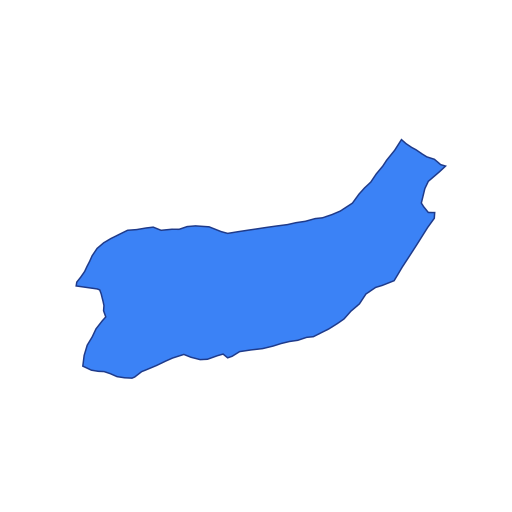 Tyresö, Stockholm, Sweden, rotated 141°
{"feature_id": "70781695B80728861937235", "entity_name": "Tyresö", "entity_type": "district", "adm_level": 2, "iso_a3": "SWE", "parent_name": "Sweden", "parent_adm1": "Stockholm", "projection": "natural_earth1", "projection_center": [18.293, 59.209], "detail": "fine", "context": "isolated", "style": "filled", "palette": "blue", "viewbox_px": 512, "rotation_deg": 141, "n_neighbors": 0, "source": "geoboundaries", "source_scale": "gbopen_adm2", "svg_char_len": 1625}
<svg xmlns="http://www.w3.org/2000/svg" viewBox="0 0 512 512"><g transform="rotate(141 256 256)"><path d="M414.6,345.9L400.1,330.3L398.8,328.0L400.1,324.1L403.5,316.8L405.4,313.1L408.9,309.4L411.1,303.2L416.1,302.4L426.1,300.1L434.2,296.2L443.3,292.9L452.1,286.9L459.9,279.4L458.0,275.5L455.8,270.9L451.1,265.6L446.8,261.8L443.3,256.3L439.9,249.7L434.8,244.1L429.2,239.1L426.4,238.3L417.6,238.1L413.8,236.9L402.2,233.5L392.8,231.3L385.0,229.2L374.0,224.9L370.3,218.3L364.6,210.6L358.7,206.3L348.7,202.8L343.3,200.5L342.1,194.7L337.7,193.1L328.9,192.0L318.9,186.1L309.2,179.9L299.5,175.3L291.6,172.2L283.8,168.5L276.6,164.2L267.8,160.9L262.2,157.2L253.4,155.3L245.3,153.5L234.3,152.2L227.2,151.7L217.0,153.4L205.8,153.7L194.5,157.3L182.8,156.3L176.4,153.7L164.2,149.9L157.3,152.4L149.5,155.3L139.2,158.6L124.5,163.4L104.5,170.2L93.7,173.1L90.1,177.0L89.8,177.3L94.7,181.4L94.7,188.9L94.2,193.1L82.4,202.1L75.1,205.6L60.4,206.0L52.1,206.6L52.3,206.9L55.0,210.8L56.5,218.9L60.9,225.6L62.8,231.1L64.8,237.9L66.7,242.4L68.7,248.9L69.7,254.9L73.6,253.6L81.7,250.9L94.3,248.2L100.8,246.1L110.9,244.1L120.3,241.2L128.7,240.6L136.9,239.3L147.8,236.4L162.3,237.9L171.0,240.4L180.4,243.9L186.4,247.8L195.8,251.9L203.9,256.7L211.8,260.6L221.2,266.4L230.2,271.8L239.6,277.3L245.3,280.7L254.7,286.2L263.8,291.4L267.8,297.0L274.1,308.2L284.1,317.5L291.0,322.2L298.9,325.1L304.5,329.7L313.6,335.7L317.7,343.1L323.9,347.0L332.1,351.6L339.6,356.8L347.5,358.6L357.8,360.9L365.9,362.1L374.7,361.9L383.2,359.3L388.5,356.6L394.2,354.1L398.9,351.8L405.4,349.9L411.7,348.5L414.6,345.9Z" fill="#3b82f6" stroke="#1e3a8a" stroke-width="1.5"/></g></svg>